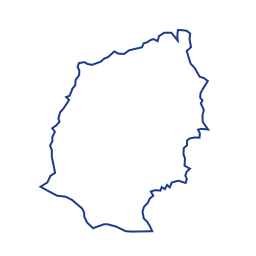 the district of Gentil, Rio Grande do Sul, Brazil, rotated 187°
{"feature_id": "56859067B14485327469822", "entity_name": "Gentil", "entity_type": "district", "adm_level": 2, "iso_a3": "BRA", "parent_name": "Brazil", "parent_adm1": "Rio Grande do Sul", "projection": "orthographic", "projection_center": [-52.047, -28.389], "detail": "fine", "context": "isolated", "style": "outline", "palette": "blue", "viewbox_px": 256, "rotation_deg": 187, "n_neighbors": 0, "source": "geoboundaries", "source_scale": "gbopen_adm2", "svg_char_len": 1536}
<svg xmlns="http://www.w3.org/2000/svg" viewBox="0 0 256 256"><g transform="rotate(187 128 128)"><path d="M91.4,28.5L94.2,33.0L97.5,37.2L101.3,40.2L103.4,46.4L102.6,51.6L99.2,56.2L97.7,60.8L94.7,63.8L97.6,67.8L93.4,69.6L88.2,69.8L87.3,73.5L84.0,71.8L82.2,76.2L79.3,74.1L77.9,79.2L75.0,80.5L71.5,81.8L64.1,80.5L63.4,84.6L65.3,87.8L64.4,91.8L61.6,95.1L67.3,97.5L67.7,104.6L69.8,108.9L70.2,114.7L67.3,118.1L67.9,122.8L65.6,125.1L60.3,126.8L55.9,127.1L56.0,131.4L58.3,134.9L55.2,136.1L48.3,136.3L51.8,140.0L54.7,143.4L55.6,149.9L54.9,155.1L58.7,161.2L57.5,164.5L60.0,166.8L60.3,171.1L58.8,175.2L54.5,184.4L58.7,186.8L63.1,187.6L69.2,195.8L73.7,199.5L79.1,211.5L75.3,216.0L77.8,223.9L77.8,229.3L81.6,231.7L85.7,231.7L90.4,231.3L90.3,225.7L89.3,220.8L96.5,227.8L103.7,227.0L108.5,222.9L109.2,217.8L113.5,219.4L116.7,217.8L119.4,215.3L122.7,214.1L124.0,209.8L136.3,205.3L141.0,201.0L146.4,200.6L150.9,202.3L153.6,199.2L156.4,196.0L159.9,194.1L163.2,190.5L171.4,186.3L175.9,186.6L179.3,188.0L184.7,186.4L185.4,182.3L183.4,179.5L182.9,174.7L185.8,169.4L185.7,163.5L188.0,160.4L188.7,157.0L189.9,152.9L193.1,151.2L189.9,148.6L194.6,139.1L197.3,135.3L198.2,129.0L196.8,125.8L199.4,122.0L203.2,118.5L200.1,115.3L202.1,109.4L201.4,106.0L203.2,100.9L200.9,96.8L200.1,90.2L194.9,74.6L199.1,71.1L201.4,64.1L207.7,59.0L190.4,52.2L181.5,52.2L174.8,49.8L163.7,42.5L161.4,39.0L160.6,34.7L157.1,29.2L150.5,24.3L145.6,26.8L140.1,29.5L136.8,30.0L127.8,28.7L117.8,25.3L112.4,25.6L103.1,26.8L91.4,28.5Z" fill="none" stroke="#1e3a8a" stroke-width="2"/></g></svg>